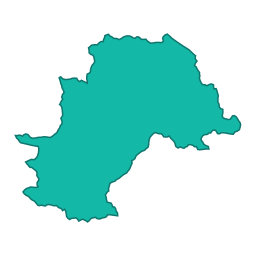 Campinas, São Paulo, Brazil (orthographic projection)
{"feature_id": "56859067B21122711831395", "entity_name": "Campinas", "entity_type": "district", "adm_level": 2, "iso_a3": "BRA", "parent_name": "Brazil", "parent_adm1": "São Paulo", "projection": "orthographic", "projection_center": [-47.047, -22.895], "detail": "fine", "context": "isolated", "style": "filled", "palette": "teal", "viewbox_px": 256, "rotation_deg": 0, "n_neighbors": 0, "source": "geoboundaries", "source_scale": "gbopen_adm2", "svg_char_len": 4458}
<svg xmlns="http://www.w3.org/2000/svg" viewBox="0 0 256 256"><path d="M218.3,95.8L217.6,93.4L216.8,90.4L216.1,88.6L214.0,88.9L213.6,87.0L213.5,84.8L211.2,83.9L208.4,84.9L206.5,85.8L205.1,84.7L203.4,84.9L201.8,83.9L200.9,82.3L199.9,80.0L199.4,77.8L199.9,75.9L199.5,74.3L199.5,72.5L198.0,70.4L196.9,68.6L196.3,67.0L194.5,65.7L195.4,63.2L197.0,61.1L195.6,59.4L195.1,57.5L195.6,55.8L193.8,54.4L189.1,49.9L187.3,48.7L183.3,46.2L176.8,41.8L174.0,39.8L171.6,38.1L170.1,36.5L168.9,35.5L167.2,34.1L165.2,34.9L163.4,36.6L162.6,38.2L163.5,41.1L161.5,42.7L159.3,42.4L157.4,42.4L154.9,42.6L152.5,43.1L150.6,43.1L148.9,42.1L147.1,40.8L145.9,39.2L143.9,39.4L141.2,39.3L140.0,38.0L138.5,36.9L136.7,36.9L135.0,38.3L133.1,37.9L131.7,36.8L129.6,36.0L127.6,35.9L125.1,36.3L123.0,37.3L120.9,38.8L118.9,39.6L117.3,38.7L115.7,38.4L113.8,38.4L111.9,36.9L109.9,36.0L108.5,34.3L107.1,34.7L104.9,35.6L104.5,37.7L103.7,39.3L103.2,41.5L101.0,41.6L98.9,43.0L97.3,44.8L95.0,44.7L93.1,44.9L91.3,45.3L90.2,46.5L88.5,47.8L89.1,50.4L89.1,52.8L90.6,54.3L92.8,55.1L93.9,56.9L94.2,59.0L94.8,61.4L93.9,63.3L92.1,65.3L91.2,67.3L90.6,69.5L90.5,71.4L89.6,73.0L87.2,74.1L86.8,76.7L86.7,79.0L87.2,81.0L87.3,83.2L81.4,80.3L79.7,81.6L77.5,80.0L76.8,78.3L74.2,78.1L72.2,78.3L70.2,79.1L68.3,79.3L65.6,79.6L62.9,78.9L60.6,76.8L59.1,77.9L60.2,80.8L60.8,83.6L61.6,85.4L62.1,88.0L63.6,90.8L64.0,92.8L62.6,94.3L61.7,97.2L62.7,99.4L61.5,100.8L60.7,102.5L59.6,104.6L61.0,105.6L61.9,107.7L62.3,110.5L62.5,112.7L62.7,115.5L60.9,118.3L62.1,121.7L61.9,124.0L60.4,125.5L59.6,127.9L58.2,130.0L56.8,132.8L55.0,134.0L53.7,135.2L52.0,136.5L50.2,137.5L47.5,137.1L45.4,136.8L43.4,136.8L41.7,137.2L39.3,137.3L37.3,137.5L35.8,138.0L33.9,138.1L32.2,138.2L30.0,137.1L28.2,134.7L25.9,133.9L23.9,134.7L22.4,136.3L20.8,135.3L18.9,135.2L17.1,135.6L15.4,135.5L16.7,138.1L18.2,139.6L19.3,141.2L20.5,142.7L27.5,144.3L30.7,145.1L35.7,146.1L38.1,146.3L38.8,148.4L38.7,150.5L38.4,153.1L37.4,156.3L36.0,158.1L34.2,159.7L31.4,159.4L28.3,160.7L25.6,162.0L26.8,163.7L28.0,164.9L29.0,166.3L30.1,167.4L31.8,167.4L33.7,169.0L35.9,170.7L37.1,172.8L36.8,175.3L37.6,177.1L38.7,178.3L38.7,180.2L37.1,182.6L37.1,185.1L38.0,186.8L36.5,187.4L34.5,187.4L32.2,187.1L30.2,187.1L28.7,187.8L26.5,188.5L24.6,190.0L23.0,191.9L24.3,193.9L26.5,195.5L28.5,196.4L29.7,197.7L30.9,199.1L32.5,200.2L34.4,201.1L36.1,203.1L37.8,205.2L39.5,205.7L41.3,205.1L43.5,205.7L45.4,206.0L46.8,204.9L48.3,204.5L49.9,204.7L51.8,205.1L53.9,205.8L56.6,205.6L58.5,207.5L60.3,208.2L61.7,209.0L62.5,210.6L64.6,209.3L65.5,210.7L66.1,213.1L66.6,216.5L67.9,218.3L69.6,219.5L71.9,218.2L73.8,218.2L75.6,217.8L77.6,219.1L78.8,221.1L80.4,220.2L82.6,219.1L84.4,220.0L85.8,220.6L87.4,221.9L88.9,221.0L90.3,219.2L91.7,218.1L93.6,217.8L95.3,217.3L97.3,218.7L99.9,219.0L102.0,218.0L104.8,217.5L106.6,216.6L107.2,215.1L109.5,214.7L117.7,215.8L117.5,213.0L116.1,210.9L115.6,208.6L114.5,207.0L112.8,206.9L112.1,205.0L111.1,203.1L108.8,202.6L107.1,202.1L106.5,199.7L106.2,197.2L105.4,195.1L107.0,192.3L108.8,190.9L108.5,189.2L108.9,187.1L109.5,185.2L109.8,183.6L111.1,182.6L113.2,181.7L115.1,181.1L116.4,179.6L118.3,178.7L119.6,177.9L120.8,176.8L122.4,175.5L124.2,174.2L126.6,173.0L127.8,171.2L129.0,169.9L129.9,168.4L130.9,165.9L132.1,163.1L131.7,160.6L133.6,159.8L135.0,158.5L135.8,156.3L137.1,154.8L138.8,153.5L141.1,151.7L142.9,150.9L144.7,150.2L146.0,148.8L148.1,147.1L148.7,144.6L148.7,142.9L149.1,140.2L149.5,138.6L150.1,137.1L151.3,135.8L153.0,133.9L154.9,132.6L157.0,133.1L159.1,133.8L160.6,133.7L162.2,134.5L163.7,136.8L165.7,137.0L167.6,136.9L169.3,136.0L170.6,138.1L172.0,139.5L173.8,141.2L175.0,143.4L175.7,146.2L177.9,148.0L180.4,147.0L182.5,147.9L184.2,148.2L185.5,146.9L187.2,146.6L188.4,144.8L190.7,144.6L193.2,145.5L194.4,146.7L196.6,146.7L197.6,149.4L199.6,149.8L203.0,149.4L206.0,149.0L208.9,149.0L208.3,146.5L206.0,145.6L203.9,144.3L202.5,141.7L201.1,140.2L201.3,138.1L202.6,135.9L204.6,134.6L206.3,134.6L207.7,134.2L209.0,132.9L210.7,133.0L212.1,130.9L213.6,130.1L215.4,130.2L216.6,131.8L217.5,133.6L219.2,133.9L221.2,132.8L223.2,132.8L224.9,132.9L227.1,133.3L230.0,133.9L233.2,134.3L235.1,131.8L237.4,131.1L239.4,129.7L240.2,126.8L240.6,124.6L240.0,122.5L238.7,120.9L237.7,119.1L236.3,116.9L234.3,115.6L232.5,115.9L231.4,117.6L230.2,119.3L227.9,119.6L226.4,118.9L224.9,118.7L223.2,117.8L222.3,116.5L222.5,114.4L222.9,112.4L222.8,109.3L220.5,108.6L219.2,106.6L219.0,104.1L217.9,102.2L217.9,100.1L217.9,98.0L218.3,95.8Z" fill="#14b8a6" stroke="#0f766e" stroke-width="1.5"/></svg>